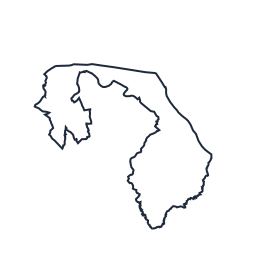 Calamar, Bolívar, Colombia (Robinson projection), rotated 312°
{"feature_id": "7082276B23618457670611", "entity_name": "Calamar", "entity_type": "district", "adm_level": 2, "iso_a3": "COL", "parent_name": "Colombia", "parent_adm1": "Bolívar", "projection": "robinson", "projection_center": [-75.024, 10.234], "detail": "fine", "context": "isolated", "style": "outline", "palette": "slate", "viewbox_px": 256, "rotation_deg": 312, "n_neighbors": 0, "source": "geoboundaries", "source_scale": "gbopen_adm2", "svg_char_len": 5735}
<svg xmlns="http://www.w3.org/2000/svg" viewBox="0 0 256 256"><g transform="rotate(312 128 128)"><path d="M112.0,29.8L111.9,32.6L111.6,32.7L111.5,33.4L110.9,34.1L107.7,35.1L106.8,36.7L104.7,37.3L104.5,37.9L103.8,38.0L103.3,37.5L103.2,36.5L102.5,36.7L101.2,38.4L101.3,39.4L101.0,38.8L100.7,39.2L100.4,41.1L99.7,42.7L98.1,43.6L97.1,44.6L96.2,44.6L96.0,44.9L96.0,44.5L95.4,44.7L95.1,44.3L94.1,44.0L89.3,44.8L87.8,44.8L85.8,44.5L83.3,43.6L81.5,44.4L82.9,48.4L83.2,53.4L85.4,56.5L86.7,59.2L85.1,58.9L82.4,57.4L83.0,63.3L81.9,64.2L81.0,66.5L80.4,67.2L79.4,69.7L77.9,72.4L74.0,72.1L72.5,73.3L70.3,73.8L70.4,75.5L69.4,78.8L69.6,81.9L68.7,93.0L70.4,92.5L71.7,91.5L72.3,92.0L73.3,91.9L74.1,91.4L74.9,90.5L77.1,89.0L78.2,88.5L78.5,87.9L79.1,87.5L80.0,86.0L80.3,86.4L81.1,85.5L81.4,85.3L81.7,85.6L81.8,84.9L82.3,84.8L82.6,84.1L83.7,83.2L85.1,82.7L87.0,81.2L86.8,82.4L85.8,83.3L85.6,84.2L85.8,84.9L85.9,86.4L86.3,87.0L86.5,88.4L86.3,91.4L85.9,92.3L84.4,94.5L83.7,96.4L85.3,97.1L85.1,97.6L83.9,98.4L83.2,101.0L84.1,101.1L84.9,100.8L86.0,101.2L87.1,101.1L89.0,101.3L91.6,104.2L92.1,104.1L92.9,104.5L94.1,103.7L95.5,105.0L96.0,105.0L97.8,103.0L98.6,100.5L99.9,100.5L100.2,99.4L100.7,99.1L101.0,98.6L101.1,97.3L102.2,96.0L102.4,95.2L102.9,94.6L103.5,94.1L104.7,95.9L106.7,97.7L108.3,96.2L110.6,92.2L113.7,89.8L114.7,88.4L116.0,88.0L116.6,87.4L111.9,83.7L113.2,81.1L114.0,78.8L115.0,77.3L117.6,71.5L114.4,71.7L111.9,71.3L111.0,70.8L111.5,69.5L111.2,67.4L111.3,67.0L111.5,66.6L111.4,66.9L112.1,66.4L112.2,66.1L112.9,66.1L114.3,66.3L115.4,66.0L116.9,66.0L120.5,67.3L121.1,67.2L122.1,67.5L122.9,66.7L123.3,66.7L125.2,64.5L126.6,61.8L126.6,60.9L127.1,60.7L127.5,60.1L131.2,57.5L136.9,55.1L136.9,55.4L139.0,56.6L140.0,57.5L140.6,58.7L140.4,59.1L140.9,58.2L141.1,58.7L142.2,58.8L141.5,58.5L141.6,58.3L142.6,58.9L144.2,64.3L144.4,64.4L144.6,68.4L144.4,72.0L143.7,73.7L141.8,75.8L141.3,77.4L141.2,79.5L141.6,81.7L142.8,83.2L143.8,84.0L146.6,85.5L149.4,86.0L152.1,85.5L153.6,85.9L155.7,94.0L156.4,97.7L157.1,99.4L157.0,100.9L156.6,101.5L155.4,101.8L153.2,101.6L151.1,101.9L150.3,102.1L149.7,103.2L150.0,104.6L150.7,105.8L152.9,108.0L154.2,108.8L155.3,110.3L155.8,112.6L155.8,116.0L158.0,116.1L156.7,118.4L155.8,119.1L155.4,120.0L155.3,121.2L155.8,133.6L157.6,136.6L156.1,141.0L156.5,143.1L154.9,144.9L153.5,144.7L152.7,145.6L151.7,144.8L150.5,147.1L149.1,146.4L147.9,147.4L147.3,146.3L147.4,152.7L145.5,152.1L145.1,151.5L143.4,151.5L141.4,150.8L137.9,149.0L135.0,148.9L133.9,148.6L131.3,149.2L130.8,149.9L127.9,150.2L126.7,151.2L125.1,151.7L121.3,151.6L120.7,152.0L120.3,152.8L119.0,153.6L118.4,153.5L116.7,152.3L115.0,151.6L111.6,152.2L109.6,151.7L108.7,150.9L106.7,150.7L104.4,152.2L104.2,152.9L103.5,153.4L101.8,155.8L101.1,156.8L100.6,159.8L100.2,160.5L98.4,161.3L97.6,162.1L96.5,162.3L95.7,162.1L94.8,161.1L91.8,160.7L90.9,162.6L88.6,163.1L88.2,165.9L88.6,166.0L89.4,167.7L89.3,168.3L88.5,170.4L86.9,171.9L86.2,172.2L86.6,173.9L87.5,175.6L86.1,177.0L85.7,178.3L86.3,179.3L86.3,179.9L86.6,181.0L85.5,181.6L84.8,181.4L84.1,181.8L80.5,181.5L79.5,182.8L79.4,184.6L80.1,185.7L80.1,186.2L81.4,186.8L80.5,187.5L80.2,187.4L80.0,187.6L79.5,187.4L79.4,188.4L79.0,188.5L78.9,188.8L78.4,188.9L78.4,189.2L78.1,189.1L77.8,189.4L77.5,189.1L77.3,189.7L77.0,189.8L77.0,190.1L76.8,190.1L76.7,191.2L76.4,191.1L76.4,191.5L76.2,191.5L76.4,192.6L75.7,192.3L75.4,192.6L75.7,192.8L75.4,192.9L75.2,193.5L75.5,193.8L75.7,194.6L75.4,194.9L75.3,195.4L75.0,195.4L74.3,196.0L74.0,196.0L74.2,196.7L73.8,196.5L73.7,196.9L73.4,196.6L73.2,197.1L73.4,197.1L73.4,197.3L73.6,197.5L73.4,197.7L73.2,197.5L73.2,197.9L74.3,198.3L74.7,198.8L74.3,198.9L74.6,199.2L74.2,200.2L73.2,200.8L73.2,201.1L72.7,200.9L72.2,202.7L72.5,203.1L72.7,204.7L72.1,205.3L71.0,205.8L71.0,206.1L70.1,207.7L70.0,208.5L70.3,209.1L69.9,209.4L69.9,210.0L69.5,210.4L69.8,211.0L69.6,211.2L69.3,212.9L69.9,213.7L71.0,214.7L72.5,215.6L73.7,215.7L74.3,216.4L75.2,216.8L75.5,217.1L75.4,217.9L76.9,218.8L77.6,218.4L77.7,218.5L78.4,217.8L78.3,218.0L79.4,218.4L79.9,218.0L80.1,218.3L80.3,218.2L80.5,218.8L81.1,218.9L81.4,218.3L82.1,217.9L82.4,217.1L82.7,217.1L82.8,216.6L83.7,216.1L84.0,216.0L84.2,216.3L84.9,215.9L85.1,215.4L86.9,215.2L87.6,215.3L88.4,214.6L88.4,214.1L89.3,214.3L89.8,213.4L92.2,212.8L94.0,213.7L95.5,213.4L96.8,213.9L97.3,213.6L100.2,213.9L101.5,216.0L101.9,216.9L101.8,217.5L105.0,219.6L105.9,221.2L106.2,222.8L107.2,223.7L107.5,223.6L108.5,221.5L108.4,220.8L108.8,220.5L109.5,220.8L109.6,221.3L110.7,222.2L111.3,221.8L111.5,221.2L112.3,221.3L113.0,220.5L114.3,220.7L115.2,220.4L115.6,220.8L116.4,220.8L116.8,221.8L117.8,221.4L118.1,221.5L118.9,223.1L118.9,223.9L119.5,223.8L119.9,224.4L120.5,223.4L120.8,223.3L121.0,223.7L121.2,223.4L121.8,223.5L121.3,224.2L121.9,224.4L121.8,224.7L121.5,224.9L121.8,225.5L122.4,225.1L123.7,224.9L124.2,225.4L124.7,225.4L124.8,225.1L125.5,225.5L126.0,225.4L127.0,226.2L127.0,225.1L127.5,224.6L130.2,225.7L131.0,225.6L132.1,224.2L132.7,224.2L132.7,223.6L133.1,223.5L133.5,222.7L133.7,223.0L134.2,223.0L135.2,222.3L135.6,222.6L137.1,221.9L137.7,221.0L139.0,220.3L138.8,219.6L139.4,218.5L142.2,218.6L143.3,218.1L144.4,218.0L145.2,218.2L145.7,219.1L146.4,219.2L147.8,217.3L148.3,215.9L150.5,213.3L151.4,213.5L152.4,212.7L153.3,212.8L154.6,212.4L156.0,211.0L157.2,211.2L159.5,210.8L161.0,210.1L161.4,210.2L164.2,207.5L163.8,204.3L163.5,199.7L163.9,195.1L165.5,189.3L169.1,182.4L169.7,178.0L172.4,172.1L173.4,168.3L173.6,165.9L173.2,159.9L173.3,155.0L173.9,152.8L174.4,148.0L175.6,141.8L177.7,135.3L179.4,133.0L182.5,130.2L183.5,128.5L182.9,128.1L184.4,123.3L187.3,112.4L186.7,111.0L181.2,103.7L164.3,77.7L156.1,65.6L151.5,58.6L147.7,55.5L139.1,45.1L136.5,43.7L134.8,42.3L126.1,33.2L124.7,32.4L120.3,31.1L116.3,30.1L112.0,29.8Z" fill="none" stroke="#1e293b" stroke-width="2"/></g></svg>